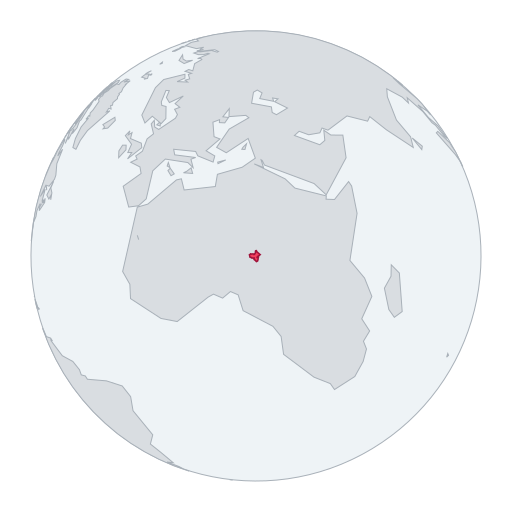 Moyen-Chari highlighted on a globe, orthographic projection, rotated 329°
{"feature_id": "TCD-5583", "entity_name": "Moyen-Chari", "entity_type": "Prefecture", "adm_level": 1, "iso_a3": "TCD", "parent_name": "Chad", "parent_adm1": "", "projection": "orthographic", "projection_center": [18.828, 9.32], "detail": "fine", "context": "on_globe", "style": "filled", "palette": "rose", "viewbox_px": 512, "rotation_deg": 329, "n_neighbors": 0, "source": "natural_earth", "source_scale": "10m", "svg_char_len": 9712}
<svg xmlns="http://www.w3.org/2000/svg" viewBox="0 0 512 512"><g transform="rotate(329 256 256)"><circle cx="256" cy="256" r="225" fill="#eef3f6" stroke="#a8b0b8"/><path d="M179.4,44.2L182.0,43.3L186.6,41.7L190.3,40.5L191.0,40.5L184.4,42.5L183.1,42.9L181.6,43.5L178.0,44.8L180.1,44.1L172.2,47.1L180.9,44.1L175.3,46.6L169.8,48.7L169.3,48.4L161.8,51.3L179.4,44.2ZM133.2,67.2L129.7,69.6L123.7,73.7L116.5,79.3L120.2,76.6L127.2,71.5L132.3,68.7L140.3,63.4L143.5,61.8L152.1,57.1L151.9,58.1L147.0,61.9L139.9,66.2L137.6,68.2L145.2,64.9L132.8,74.3L126.1,83.6L122.8,86.4L114.6,89.6L112.4,87.1L101.8,93.9L109.7,90.2L101.2,98.4L100.3,100.3L101.4,100.7L105.0,98.0L102.4,101.3L93.5,105.5L95.8,102.6L98.6,101.0L97.5,100.2L91.5,104.4L87.7,108.9L82.7,112.5L79.9,116.0L77.2,119.1L82.0,113.1L73.3,124.4L71.0,127.5L81.5,113.6L93.0,100.5L105.5,88.4L118.9,77.2L133.2,67.2ZM35.6,209.1L36.0,207.8L33.5,220.6L35.8,209.9L34.8,217.1L37.6,220.5L36.7,223.1L38.6,241.7L44.7,252.1L46.1,262.5L45.0,267.9L47.9,270.9L48.0,274.8L63.5,286.0L74.4,298.5L76.1,312.0L70.9,325.3L75.4,356.1L68.6,362.8L73.1,374.8L78.6,390.6L73.6,386.7L81.5,396.7L84.0,400.9L82.6,399.7L87.9,406.0L87.8,405.9L77.4,393.4L68.0,380.1L59.6,366.3L52.1,351.8L45.7,336.9L40.5,321.5L36.3,305.8L33.3,289.9L31.4,273.8L30.7,257.5L31.2,241.3L32.8,225.1L35.6,209.1ZM45.4,176.0L45.0,177.1L45.4,176.0ZM151.7,57.0L151.8,57.0L150.1,57.8L151.7,57.0ZM155.2,55.0L153.1,55.9L154.4,55.2L155.7,54.6L155.2,55.0ZM157.5,54.2L157.1,53.7L159.5,52.5L166.5,49.5L157.5,54.2ZM187.8,41.3L182.9,42.9L183.8,42.6L187.8,41.3ZM192.0,40.0L192.5,39.9L199.2,38.0L199.5,38.1L197.2,38.6L192.0,40.0ZM196.0,39.0L199.5,38.2L196.9,39.1L192.0,40.1L196.0,39.0ZM202.4,37.2L202.2,37.2L202.4,37.2ZM189.7,42.7L190.1,42.0L193.6,40.9L189.7,42.7ZM200.9,37.9L201.8,37.6L203.2,37.2L204.9,37.0L200.9,37.9ZM215.4,34.4L211.4,35.2L215.1,34.5L215.7,34.4L209.5,35.6L210.8,35.3L215.4,34.4ZM210.8,35.8L202.8,37.9L201.2,39.0L198.1,39.9L201.1,38.0L210.8,35.8ZM210.6,35.5L210.0,35.8L206.4,36.5L204.5,36.8L210.6,35.5ZM222.1,33.3L221.9,33.3L221.7,33.3L222.1,33.3ZM211.1,35.9L213.1,35.4L211.4,35.9L211.1,35.9ZM219.4,33.8L218.9,33.8L220.6,33.5L219.4,33.8ZM217.4,34.6L214.8,35.2L213.4,35.3L217.4,34.6ZM218.9,34.1L221.5,33.7L214.5,35.0L218.4,34.1L218.9,34.1ZM221.2,33.5L222.0,33.4L221.2,33.6L221.2,33.5ZM224.1,34.3L215.7,35.8L212.7,35.9L221.3,34.3L224.1,34.3ZM118.2,434.2L119.7,435.4L120.6,436.0L118.2,434.2ZM315.6,38.7L314.7,38.5L312.6,37.9L312.4,37.9L315.6,38.7ZM464.5,170.8L465.6,173.7L467.1,177.8L465.3,173.9L467.7,182.6L475.1,204.1L476.6,210.8L478.3,225.1L477.4,220.1L472.6,209.8L475.2,226.3L479.1,238.3L480.5,253.9L479.1,250.0L477.2,236.5L475.5,232.4L473.4,218.2L467.1,198.3L465.5,203.4L463.2,195.2L454.2,180.0L450.6,187.2L446.4,211.8L449.9,233.4L446.7,244.0L432.8,215.0L425.3,195.1L421.1,197.9L406.1,182.8L382.5,185.2L378.5,180.3L374.2,183.3L363.6,179.2L357.2,171.3L351.0,172.5L368.0,193.5L374.5,192.4L378.9,183.1L382.5,190.9L392.7,197.1L383.8,218.2L347.7,239.7L343.1,223.8L310.1,182.4L310.5,177.6L310.4,177.0L309.9,176.1L308.0,184.0L301.9,176.1L320.7,204.9L324.3,217.8L347.2,240.7L345.3,243.4L352.4,248.0L373.7,239.9L374.0,245.3L364.6,271.5L334.2,308.2L337.7,330.8L334.5,350.3L314.3,364.3L314.8,378.8L304.2,384.4L302.8,392.6L293.5,401.6L278.6,410.2L254.5,410.9L254.0,403.7L243.3,389.7L229.0,354.5L236.1,337.9L234.3,325.0L216.8,296.2L220.7,280.1L215.8,273.3L205.7,274.9L199.9,266.8L193.8,266.6L154.7,271.6L142.4,260.6L126.5,227.9L133.3,215.3L133.7,200.6L179.4,153.0L190.0,155.8L227.0,149.8L231.8,151.4L228.4,162.4L256.9,175.5L265.0,166.1L289.9,172.8L305.8,171.8L309.8,151.2L283.7,152.2L278.2,142.6L298.4,133.4L321.1,133.8L319.7,130.2L304.6,122.6L309.0,115.9L299.3,119.6L303.8,123.1L297.8,125.8L293.3,122.8L295.0,120.4L288.0,119.1L281.5,132.1L285.4,137.1L267.4,140.1L272.2,149.0L267.6,153.4L257.7,140.2L258.1,135.3L240.4,122.1L238.4,127.4L255.0,140.5L250.1,139.5L247.6,147.9L245.7,140.8L228.2,126.2L211.4,129.8L191.3,150.5L181.2,152.4L172.1,148.5L178.1,127.8L200.0,126.1L202.4,119.9L196.9,111.1L204.0,111.7L204.4,108.3L212.6,107.7L223.0,99.5L231.1,98.5L234.2,88.8L238.7,87.3L235.6,93.3L237.8,97.4L257.9,96.4L261.5,94.3L261.8,88.3L267.3,89.3L265.1,83.7L276.1,81.4L260.8,79.9L260.8,74.0L266.8,69.6L264.1,67.7L254.2,75.1L252.8,78.4L255.9,81.5L249.5,91.8L242.9,93.7L239.1,82.8L229.3,84.8L230.7,76.4L256.5,59.9L267.8,57.2L288.7,63.6L286.7,66.9L278.2,65.9L287.0,71.7L285.8,68.8L290.4,70.0L291.5,65.5L294.8,66.2L290.3,61.2L294.4,61.5L297.2,64.7L302.5,59.5L310.8,59.7L310.4,58.2L307.6,56.7L320.1,58.6L319.2,57.5L314.8,56.4L310.3,53.7L307.2,50.0L311.6,50.9L313.4,52.3L323.8,57.0L327.7,61.3L329.2,61.4L326.9,57.9L314.2,52.0L311.0,49.6L317.4,51.9L314.8,50.9L314.7,50.0L318.7,50.1L311.8,47.6L303.9,39.4L310.8,39.6L317.4,42.0L316.6,39.6L324.5,41.5L320.4,40.2L317.9,39.4L334.1,44.7L349.8,51.2L364.9,58.8L379.5,67.6L393.3,77.4L406.4,88.2L418.6,100.0L429.8,112.7L440.1,126.2L449.4,140.4L457.5,155.3L464.5,170.8ZM164.9,177.1L163.9,181.4L163.9,181.5L164.9,177.1ZM346.3,145.4L359.2,145.4L351.5,133.4L355.8,132.6L351.6,129.1L350.8,132.5L340.3,123.0L345.2,119.3L342.6,114.4L338.2,114.3L330.9,122.8L346.0,136.1L343.8,141.3L346.3,145.4ZM37.7,220.4L37.7,223.4L37.1,222.8L37.7,220.4ZM42.9,187.8L43.0,189.8L42.2,189.9L42.9,187.8ZM42.5,184.1L44.3,179.1L42.8,186.8L41.3,188.6L42.4,184.3L42.5,184.1ZM101.8,98.1L102.4,97.9L102.7,98.9L101.1,99.8L101.8,98.1ZM113.6,96.7L109.0,102.1L111.1,98.6L107.8,100.5L108.1,96.0L121.1,87.7L115.2,92.0L113.6,96.7ZM112.1,88.7L110.5,91.8L111.8,88.7L112.1,88.7ZM198.7,92.3L201.8,94.1L199.2,98.0L188.9,101.0L192.6,95.3L198.7,92.3ZM206.9,96.1L206.0,85.5L212.4,83.8L209.0,86.4L213.3,86.4L208.9,90.7L215.8,100.2L213.9,104.3L195.9,106.6L202.8,103.3L199.4,101.3L206.9,96.1ZM192.7,67.5L192.4,64.5L206.5,64.4L205.2,67.3L194.8,70.0L190.4,68.2L192.7,67.5ZM169.8,49.7L168.8,49.8L170.6,49.0L172.9,48.4L169.8,49.7ZM189.6,42.4L176.2,49.2L174.3,49.4L168.6,53.9L161.5,56.5L165.5,53.3L155.8,59.1L156.4,57.3L150.4,61.3L159.8,54.1L160.1,53.2L162.5,53.0L169.0,50.6L171.9,49.3L180.3,45.2L184.0,42.9L191.0,40.7L195.0,39.7L195.2,39.9L190.6,41.2L194.2,40.6L187.6,42.6L189.6,42.4ZM237.8,39.0L232.3,38.9L238.4,41.0L231.9,41.8L233.0,42.0L228.6,43.5L225.3,45.9L222.2,46.1L222.2,47.1L219.3,48.3L218.3,49.8L212.4,50.8L210.7,52.8L208.8,52.2L207.5,55.4L205.8,53.6L201.9,55.5L205.6,56.3L176.1,61.7L165.0,66.4L156.6,71.8L154.9,68.7L161.7,62.3L172.6,55.3L183.5,51.5L180.7,51.2L185.2,49.5L185.5,50.5L187.6,48.0L191.3,47.0L201.0,42.7L201.8,40.6L205.4,39.4L206.9,39.7L209.4,38.2L214.7,38.1L217.4,37.3L225.3,36.8L226.8,38.4L229.7,37.5L235.8,37.4L237.8,39.0ZM226.2,34.1L229.5,35.1L227.5,36.3L214.5,36.9L211.3,37.6L202.9,38.7L206.0,37.2L208.1,36.9L210.9,36.4L208.8,37.1L212.5,36.1L215.6,35.9L219.3,35.2L219.3,35.6L226.2,34.1ZM236.7,147.3L240.3,147.7L245.8,147.0L244.2,152.6L236.7,147.3ZM224.5,137.4L227.7,136.6L228.2,143.5L224.5,143.4L224.5,137.4ZM229.0,130.7L227.8,136.0L226.2,133.1L229.0,130.7ZM238.5,92.5L241.9,91.7L242.4,93.0L240.8,95.2L238.5,92.5ZM254.5,47.9L251.7,47.0L252.5,46.5L250.1,43.8L254.8,43.3L258.0,44.8L254.5,47.9ZM305.7,154.9L301.4,159.0L298.8,157.2L300.8,156.1L305.7,154.9ZM271.5,155.8L279.6,158.1L271.0,157.3L271.5,155.8ZM259.1,46.9L257.6,45.8L260.9,46.3L259.1,46.9ZM258.0,42.9L261.8,43.3L255.0,43.0L258.0,42.9ZM370.2,438.3L369.9,440.3L367.3,440.9L370.2,438.3ZM370.1,344.4L352.7,378.9L343.0,379.8L342.3,370.3L349.5,349.7L361.3,342.9L367.4,333.2L370.1,344.4ZM479.3,286.0L479.3,284.7L479.8,280.6L480.0,280.3L479.3,286.0ZM479.8,280.6L479.1,271.6L474.0,243.3L476.0,242.8L480.4,258.8L480.3,262.2L480.7,269.6L479.8,280.6ZM450.7,235.3L455.1,247.5L452.9,250.2L450.7,235.3ZM469.3,183.9L469.6,185.5L468.5,182.4L467.5,178.5L469.3,183.9ZM296.7,45.7L294.9,49.6L296.7,53.0L302.5,55.6L293.5,54.0L290.7,48.7L296.7,45.7ZM302.5,39.9L297.4,38.3L300.0,38.4L301.6,38.8L302.5,39.9ZM299.1,39.3L292.0,38.7L289.4,37.5L295.5,38.2L299.1,39.3ZM275.7,41.6L274.8,42.6L272.2,42.0L275.7,41.6ZM310.2,37.3L311.2,37.6L308.4,36.9L308.8,37.0L310.2,37.3ZM301.7,35.4L301.9,35.4L301.3,35.3L301.7,35.4ZM304.0,36.1L301.3,35.3L306.5,36.6L304.0,36.1Z" fill="#d9dde1" stroke="#a8b0b8" stroke-width="1"/><path d="M260.3,257.0L260.2,257.0L259.8,257.1L259.7,257.1L259.4,257.1L259.2,257.2L258.9,257.2L258.7,257.2L258.3,257.2L258.2,257.2L258.1,257.3L258.0,257.2L257.9,257.2L257.7,257.2L257.4,257.2L257.2,257.2L256.9,257.2L256.8,257.3L256.7,257.4L256.6,257.5L256.4,257.6L256.2,257.8L256.3,257.9L256.3,258.0L256.9,258.3L257.0,258.4L257.2,258.5L256.9,258.7L256.7,259.0L256.4,259.5L256.2,259.7L256.1,259.9L255.9,260.1L255.6,260.3L255.4,260.4L255.3,260.5L255.2,260.6L255.2,260.8L255.1,261.0L254.8,261.1L253.5,261.1L253.4,260.9L253.3,260.6L253.3,260.3L253.3,260.1L253.3,259.9L253.3,259.7L253.2,259.5L253.1,259.4L253.1,259.1L252.9,258.9L252.8,258.7L252.8,258.3L252.9,258.2L252.8,257.9L252.6,257.9L252.6,257.7L252.7,257.2L252.8,257.3L252.9,257.2L253.0,257.2L253.3,257.0L253.3,256.8L253.4,256.7L253.1,256.5L252.8,256.5L252.5,256.3L252.2,256.2L251.9,256.0L251.8,255.7L251.7,255.5L251.3,255.5L251.3,255.2L251.2,255.1L251.0,254.9L251.1,254.7L250.9,254.5L250.6,254.2L250.3,254.1L250.2,254.0L251.0,251.5L252.1,251.5L252.5,251.8L252.8,251.9L252.9,252.0L253.0,252.0L253.0,251.9L253.1,252.0L253.3,252.0L253.5,252.1L253.7,252.3L253.8,252.3L254.0,252.4L254.2,252.5L254.3,252.5L254.5,252.6L254.7,252.8L254.8,252.9L254.8,253.0L255.0,253.1L255.2,253.3L255.1,253.7L255.3,253.7L255.4,253.8L255.5,253.8L255.8,253.7L255.8,253.4L256.4,253.3L256.7,253.3L256.8,253.2L257.0,253.1L257.1,252.9L257.3,252.8L257.3,252.7L257.5,252.5L257.5,252.4L257.7,252.2L257.8,252.2L257.8,251.9L258.0,251.8L258.0,251.7L258.2,251.4L258.3,251.4L258.5,251.4L258.8,251.2L259.0,251.1L259.1,250.9L259.0,251.9L259.1,252.2L259.1,252.3L259.1,252.5L259.0,252.8L258.9,253.0L259.2,253.6L260.3,257.0L260.3,257.0Z" fill="#f43f5e" stroke="#9f1239" stroke-width="1.5"/></g></svg>